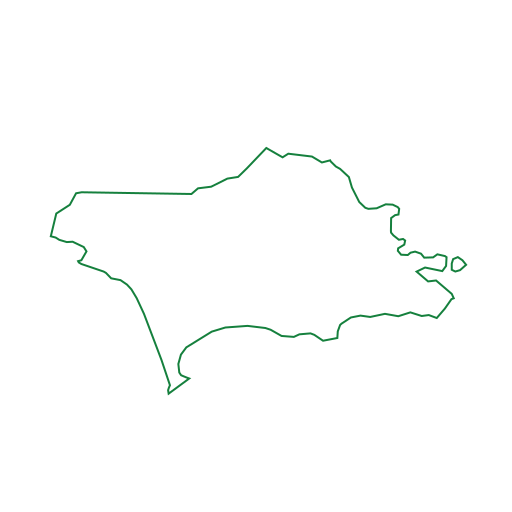 the district of Marin, California, United States of America, rotated 320°
{"feature_id": "52423323B48598289352775", "entity_name": "Marin", "entity_type": "district", "adm_level": 2, "iso_a3": "USA", "parent_name": "United States of America", "parent_adm1": "California", "projection": "mercator", "projection_center": [-122.671, 38.07], "detail": "fine", "context": "isolated", "style": "outline", "palette": "green", "viewbox_px": 512, "rotation_deg": 320, "n_neighbors": 0, "source": "geoboundaries", "source_scale": "gbopen_adm2", "svg_char_len": 1687}
<svg xmlns="http://www.w3.org/2000/svg" viewBox="0 0 512 512"><g transform="rotate(320 256 256)"><path d="M111.5,109.0L114.4,113.1L115.7,117.2L120.0,123.7L124.7,127.2L129.8,138.4L129.1,143.5L119.5,147.0L116.4,145.6L116.1,147.0L117.1,149.9L129.3,170.0L130.2,172.5L130.7,180.0L136.7,187.4L138.8,195.0L139.1,201.5L137.5,211.6L133.0,228.3L116.8,274.8L107.0,299.7L104.6,300.9L102.4,302.3L100.6,305.3L126.1,306.9L124.9,304.8L123.1,301.4L122.0,299.2L122.3,296.0L127.1,288.8L135.1,283.3L143.9,281.2L173.5,285.5L186.6,291.1L204.6,304.1L216.9,317.2L219.8,321.9L224.2,333.7L233.0,342.3L238.9,343.9L248.0,350.3L250.0,353.9L252.9,364.0L265.6,371.1L270.2,366.3L276.1,362.9L278.0,362.8L289.2,364.1L297.7,368.8L304.3,376.1L317.6,383.2L326.3,393.6L338.0,398.4L344.4,408.5L350.4,412.3L354.6,419.7L366.8,417.7L378.0,414.7L380.3,415.5L381.6,410.9L378.2,390.5L371.5,386.1L369.0,371.2L378.1,373.5L389.0,387.3L395.2,385.8L401.2,379.4L400.7,377.5L396.0,371.3L390.8,370.9L383.8,365.4L383.9,360.3L380.7,354.9L376.5,352.8L372.9,352.8L368.0,348.3L368.0,343.2L369.8,341.5L376.9,342.6L380.2,340.0L379.6,337.5L375.9,335.4L374.5,328.5L374.5,324.9L375.4,323.6L383.9,313.8L388.8,314.1L391.8,315.8L396.0,311.9L396.0,309.6L393.7,304.5L388.6,299.8L379.1,297.0L372.4,292.1L370.7,289.3L369.8,281.0L373.5,265.2L377.9,255.2L376.4,243.3L374.7,238.8L374.0,231.5L374.3,230.4L366.6,226.7L362.8,215.8L346.5,198.4L339.8,197.5L333.3,179.9L305.2,183.0L293.1,183.9L283.8,178.3L266.2,174.1L255.1,166.9L246.4,167.0L163.4,95.1L158.5,92.3L146.3,97.1L130.3,95.1L111.5,109.0ZM397.1,392.4L398.7,396.0L403.2,398.0L411.3,397.8L411.4,391.9L409.9,386.6L405.0,385.1L401.1,387.6L397.1,392.4Z" fill="none" stroke="#15803d" stroke-width="2"/></g></svg>